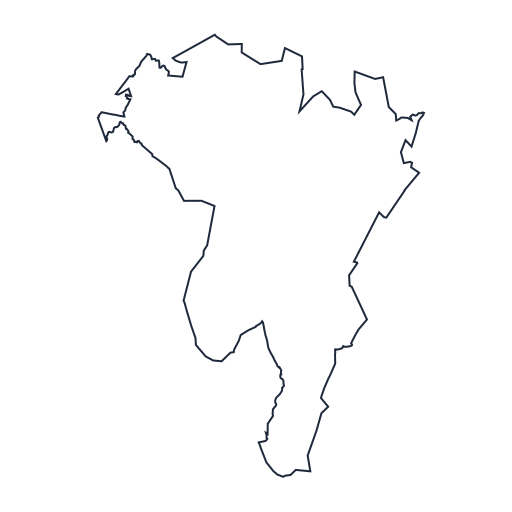 the district of Tlalchapa, Guerrero, Mexico, rotated 182°
{"feature_id": "50627088B97959743507654", "entity_name": "Tlalchapa", "entity_type": "district", "adm_level": 2, "iso_a3": "MEX", "parent_name": "Mexico", "parent_adm1": "Guerrero", "projection": "robinson", "projection_center": [-100.395, 18.462], "detail": "fine", "context": "isolated", "style": "outline", "palette": "slate", "viewbox_px": 512, "rotation_deg": 182, "n_neighbors": 0, "source": "geoboundaries", "source_scale": "gbopen_adm2", "svg_char_len": 6001}
<svg xmlns="http://www.w3.org/2000/svg" viewBox="0 0 512 512"><g transform="rotate(182 256 256)"><path d="M194.2,42.7L197.4,58.4L189.6,83.1L185.1,101.2L178.6,107.9L186.1,116.3L185.5,118.8L183.1,126.6L179.4,136.0L178.0,138.9L173.1,151.2L173.6,160.7L173.4,161.9L173.5,163.0L173.6,163.8L173.7,164.4L173.7,164.7L173.7,165.1L173.6,165.4L173.5,165.5L173.3,165.6L173.1,165.5L172.7,165.5L172.4,165.3L172.2,165.2L171.9,165.2L171.5,165.4L171.2,165.5L170.4,165.5L169.8,165.7L169.3,165.9L168.3,166.2L167.6,166.6L167.0,166.8L166.5,167.1L166.3,167.6L166.0,168.5L165.9,168.9L165.7,169.0L165.4,169.0L165.2,168.7L164.9,168.5L164.7,168.5L164.3,168.4L163.3,168.4L162.6,168.4L161.4,168.6L160.4,168.9L159.6,168.9L158.8,169.1L158.2,169.4L157.6,169.7L157.3,170.0L157.1,170.1L157.1,170.3L157.0,170.6L157.0,170.9L157.9,172.1L154.7,178.9L154.6,179.3L151.0,186.1L142.9,196.4L151.2,212.8L159.3,228.7L161.4,229.5L162.3,240.1L161.7,240.9L154.5,252.3L154.9,253.1L158.0,253.7L134.5,303.9L129.5,299.3L127.1,298.9L109.6,326.8L109.8,327.0L95.9,344.9L104.1,350.1L103.3,354.5L105.1,355.5L111.5,354.0L114.8,364.8L110.6,377.0L104.4,370.8L100.7,384.1L98.1,396.7L96.1,400.0L94.5,401.7L93.1,404.8L94.6,405.3L96.4,404.4L98.5,404.4L100.0,402.5L101.8,401.9L104.3,402.8L106.7,400.6L105.2,397.1L109.2,399.3L115.2,399.5L116.1,399.2L117.2,398.1L120.6,396.3L121.3,402.7L128.5,409.5L135.2,439.1L143.1,437.1L163.8,443.8L163.7,432.6L162.3,423.2L158.7,415.5L156.3,410.7L162.7,400.6L166.0,403.6L177.7,407.2L184.0,407.9L187.5,414.6L196.0,423.0L204.3,417.6L217.6,402.0L214.2,419.2L215.3,428.9L215.4,430.2L216.9,444.1L215.9,444.4L217.0,457.1L234.3,464.8L237.1,451.9L258.2,447.9L277.4,458.9L277.6,467.4L291.2,466.5L303.1,473.8L304.9,475.7L328.9,461.2L346.1,450.9L343.1,448.5L339.5,447.2L336.8,446.7L332.2,447.4L335.7,432.6L350.1,433.3L349.6,435.4L349.5,437.0L349.9,437.8L351.0,438.5L352.1,439.1L353.0,440.4L353.8,442.3L354.0,442.7L355.1,443.1L356.2,442.6L357.1,441.4L358.3,440.7L358.5,440.9L358.7,441.3L359.0,440.2L359.4,445.8L360.0,448.0L362.9,447.7L363.7,449.4L367.0,449.0L367.4,451.0L368.7,453.4L371.4,454.1L372.1,453.9L372.1,453.7L372.2,452.9L372.4,452.4L377.5,446.2L379.2,441.8L379.5,441.5L381.3,439.7L382.7,438.1L383.0,437.4L383.2,436.9L383.3,436.4L383.4,435.6L383.3,435.2L383.3,434.8L383.2,434.4L383.3,433.9L383.4,433.3L383.6,433.1L383.9,433.0L384.4,432.9L384.8,432.8L385.0,432.6L384.9,432.1L384.9,431.7L384.9,431.3L385.2,431.2L385.4,431.1L385.8,431.0L386.4,431.3L386.7,431.3L387.0,431.2L387.4,431.2L387.7,431.2L388.0,431.1L388.5,431.3L388.8,431.3L393.0,425.2L394.3,423.4L397.8,418.5L400.0,415.3L401.7,413.0L401.1,412.9L400.6,412.8L400.5,412.7L399.0,412.6L395.4,414.7L394.6,415.2L389.2,418.7L388.6,417.1L386.4,411.4L388.4,411.6L389.0,412.1L389.3,412.4L389.5,412.5L390.8,412.7L391.6,412.7L391.6,412.1L391.7,411.2L391.0,411.1L390.6,410.4L390.2,409.6L390.2,409.4L390.3,409.0L389.6,409.0L389.2,408.8L389.1,408.5L388.9,408.5L387.9,408.3L387.0,408.2L389.6,402.4L390.3,401.3L390.5,401.0L390.7,400.7L391.0,400.3L391.3,399.6L391.4,399.4L391.4,399.0L391.5,398.6L391.6,397.8L391.9,396.9L393.5,394.9L393.5,394.5L392.4,390.8L393.1,390.8L397.0,391.3L398.1,391.5L400.3,392.0L400.5,392.0L403.4,392.4L404.3,392.4L404.6,392.5L405.8,392.7L406.4,392.8L407.1,392.9L408.4,393.1L410.1,393.5L410.5,393.5L415.4,394.3L416.1,393.3L418.0,390.9L418.2,390.6L417.9,389.6L418.9,388.7L409.6,365.5L409.3,365.8L409.0,366.4L408.8,367.4L408.9,368.3L409.4,369.1L409.7,369.7L409.5,370.2L409.3,370.9L408.9,371.3L408.6,372.0L408.4,372.9L408.0,374.1L407.4,374.9L406.9,375.0L406.2,374.7L405.2,374.5L404.3,374.5L403.9,374.8L403.1,375.3L403.0,376.0L402.8,376.7L402.7,377.7L402.5,378.4L402.3,379.0L401.7,379.6L401.3,379.8L400.7,380.0L399.7,379.9L399.2,380.2L398.6,380.6L397.9,381.5L397.3,382.3L397.1,383.4L396.8,384.8L396.4,385.3L396.1,385.4L395.7,385.3L395.2,384.5L394.6,384.2L394.0,384.0L393.5,383.9L393.4,383.9L393.3,383.7L393.3,383.0L393.0,382.6L392.5,382.3L391.8,382.2L391.1,381.5L390.8,380.9L390.8,380.3L390.8,380.0L390.7,379.2L390.4,378.6L390.1,378.6L389.8,378.7L389.5,378.4L389.4,378.2L388.8,377.4L388.4,377.1L388.1,376.6L387.7,376.0L387.7,375.7L387.8,375.5L388.0,375.1L388.1,374.8L386.7,373.9L386.2,373.5L384.3,371.9L383.6,371.2L383.4,370.8L383.5,369.4L383.6,368.9L383.1,368.4L382.7,368.2L381.8,367.2L381.7,366.9L381.6,365.8L381.4,365.6L380.9,365.7L380.5,365.8L379.9,365.8L378.9,365.4L378.7,365.6L378.4,366.6L377.5,367.0L377.0,366.8L376.5,365.9L375.9,365.4L375.2,364.6L374.8,364.2L374.4,364.3L374.1,363.6L374.0,363.2L373.8,362.9L373.7,362.6L363.3,354.2L362.9,352.1L359.5,350.3L354.3,346.7L349.2,343.1L346.6,340.9L346.5,340.6L345.6,340.1L338.6,321.0L335.9,318.8L329.9,308.6L312.5,309.3L299.2,304.5L305.2,264.9L308.4,259.5L308.6,254.3L320.4,238.1L326.8,208.9L325.4,205.9L325.2,205.0L323.1,198.2L318.3,184.0L313.6,171.9L313.0,165.1L302.8,153.9L295.2,150.1L286.7,149.6L278.2,158.5L274.9,159.1L274.8,160.1L274.3,162.4L270.3,170.5L268.5,176.5L260.6,181.8L253.9,185.1L253.4,186.1L252.1,186.8L250.9,187.6L249.3,188.8L248.3,189.8L247.6,191.0L247.0,190.3L246.7,189.7L246.3,188.2L246.1,187.1L245.7,185.6L245.1,182.5L244.7,180.8L244.2,179.3L243.8,177.1L243.0,175.1L242.5,173.7L242.0,171.7L241.5,170.2L241.2,167.9L240.9,166.7L240.7,165.5L240.3,164.3L239.7,163.2L238.9,161.6L238.1,160.0L237.3,158.6L236.4,157.3L235.4,155.7L234.0,152.7L233.4,151.8L231.6,148.9L230.8,147.0L230.7,146.7L229.0,145.3L228.6,145.6L226.8,142.6L227.1,139.6L226.6,138.5L226.9,138.2L227.5,138.0L227.5,136.6L227.5,136.1L227.0,134.7L225.0,133.7L224.1,131.7L224.1,129.6L223.6,127.8L223.7,127.2L223.7,126.9L225.4,125.0L225.2,124.3L225.2,123.2L225.4,122.2L226.0,121.1L227.0,119.3L227.8,118.4L228.5,117.5L230.2,115.8L231.0,114.7L231.5,113.4L231.8,112.3L231.8,111.4L231.7,110.7L231.3,109.7L230.8,108.8L230.6,108.2L230.9,107.2L233.7,103.5L233.9,98.6L233.4,96.8L238.4,88.8L238.2,78.5L239.9,79.6L239.2,77.4L239.1,75.7L239.2,75.4L239.2,74.7L238.3,73.6L239.9,71.5L246.8,69.8L244.9,65.6L244.7,64.7L238.4,50.1L231.1,41.6L227.0,38.3L221.2,36.3L219.4,37.4L213.8,38.4L208.8,43.6L194.2,42.7Z" fill="none" stroke="#1e293b" stroke-width="2"/></g></svg>